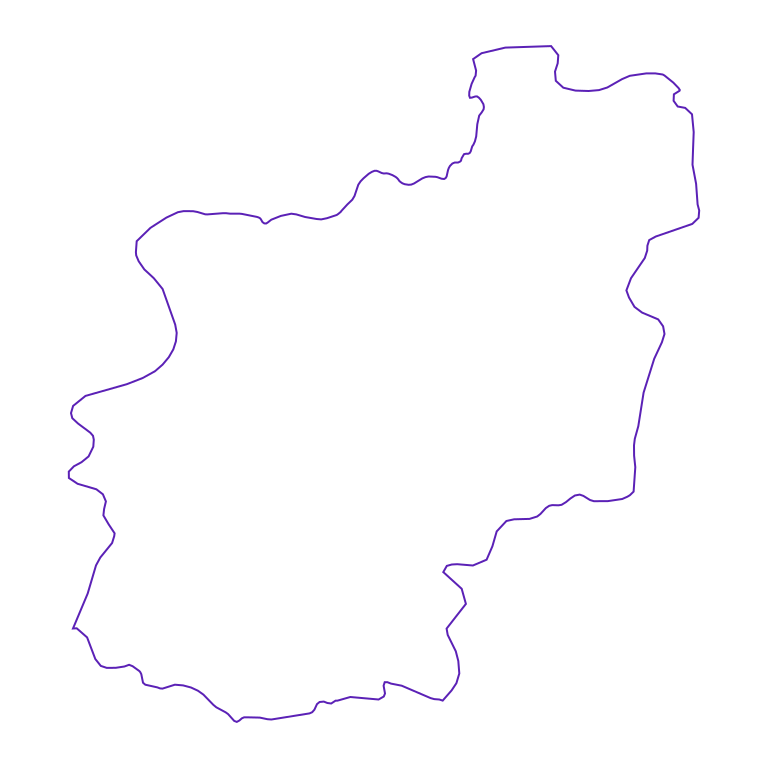 Cuanza Norte, Albers equal-area conic projection
{"feature_id": "AGO-1878", "entity_name": "Cuanza Norte", "entity_type": "Province", "adm_level": 1, "iso_a3": "AGO", "parent_name": "Angola", "parent_adm1": "", "projection": "albers", "projection_center": [14.948, -8.858], "detail": "fine", "context": "isolated", "style": "outline", "palette": "violet", "viewbox_px": 768, "rotation_deg": 0, "n_neighbors": 0, "source": "natural_earth", "source_scale": "10m", "svg_char_len": 3739}
<svg xmlns="http://www.w3.org/2000/svg" viewBox="0 0 768 768"><path d="M551.1,46.1L558.3,55.2L557.7,63.3L555.0,71.6L555.8,80.8L563.3,87.7L575.5,90.6L588.6,91.0L599.0,90.1L607.3,87.5L622.1,79.1L629.8,75.8L646.3,73.4L655.3,73.4L662.7,74.5L664.5,75.5L673.3,82.6L678.6,88.1L679.8,90.0L679.5,90.8L673.9,94.3L673.6,100.8L677.7,106.5L685.2,107.9L692.0,114.3L693.7,132.1L693.1,147.8L692.5,164.7L696.1,183.8L697.6,204.4L699.2,210.5L698.6,217.8L692.3,223.9L655.8,236.5L649.2,240.1L647.4,245.7L647.2,250.6L644.8,258.0L631.0,278.2L626.4,290.4L629.0,297.5L634.5,306.9L642.1,312.6L658.2,319.4L663.1,326.3L664.5,334.0L661.9,342.3L654.2,358.8L643.6,392.6L638.3,426.2L634.8,438.8L634.0,445.4L634.1,455.7L635.3,467.2L633.6,491.6L629.9,495.2L627.4,496.7L622.2,499.0L608.0,501.1L593.9,501.2L590.0,500.0L583.4,495.9L579.7,494.6L574.9,495.5L570.4,498.5L566.0,502.1L561.6,504.8L558.5,505.3L552.2,505.1L549.2,505.8L545.8,508.1L540.4,514.0L537.2,516.5L529.5,518.9L514.1,519.3L506.4,521.0L496.7,531.4L492.4,546.3L486.6,559.7L472.9,565.5L457.2,564.2L451.8,564.5L446.8,565.9L443.3,572.1L461.7,588.8L465.9,603.9L457.2,615.0L446.6,628.6L447.7,634.9L455.8,651.3L458.3,661.0L459.3,673.5L456.4,683.2L451.6,690.4L442.7,700.6L439.3,699.5L434.2,699.1L430.6,698.1L401.7,685.7L391.0,683.6L387.4,682.2L384.7,682.2L383.6,685.7L385.0,693.5L383.8,696.5L378.6,699.5L350.3,697.0L337.3,700.7L335.5,700.7L331.2,703.5L327.4,703.0L323.8,701.6L319.6,702.0L317.0,704.1L314.4,709.7L312.2,712.2L309.5,713.4L271.4,719.5L267.4,719.2L259.8,717.6L246.5,717.3L244.2,717.3L241.9,718.3L239.4,720.5L236.8,721.9L234.2,720.9L228.1,714.1L225.6,712.3L216.3,707.3L213.3,704.8L203.4,694.6L197.9,690.7L191.0,687.5L183.1,685.4L174.9,684.7L162.5,688.6L160.0,688.4L157.4,687.4L145.3,684.7L143.0,682.7L141.3,674.2L140.3,672.2L139.4,671.1L132.6,666.2L129.1,664.8L124.4,666.5L115.8,667.8L106.8,667.9L100.8,665.9L95.3,659.0L87.1,637.4L76.7,628.3L73.0,628.5L87.7,593.5L96.0,565.4L100.3,557.5L112.1,543.0L114.2,536.2L114.6,533.3L108.7,524.4L103.4,515.4L104.1,509.0L105.9,501.4L102.9,494.3L96.4,489.3L77.6,483.8L68.9,478.0L68.8,471.6L73.9,466.3L81.5,462.2L88.6,456.4L93.3,446.7L93.8,439.7L93.0,435.8L90.3,432.7L78.0,423.5L72.3,418.2L71.0,413.1L73.1,405.9L85.5,395.9L126.8,384.2L142.7,378.0L155.0,371.2L162.6,364.6L168.8,357.2L173.3,349.4L175.9,341.4L176.7,332.9L175.2,324.6L162.6,289.0L153.8,278.2L144.3,269.4L138.7,261.3L136.2,255.4L135.9,252.2L136.7,241.2L150.5,227.8L166.4,217.6L177.9,212.2L183.7,211.1L193.1,211.2L197.5,212.0L205.2,214.3L207.3,214.4L222.9,213.2L226.1,213.2L230.4,213.7L239.8,213.7L241.9,213.9L256.9,216.9L258.7,217.5L260.1,218.3L260.9,219.3L262.5,222.1L264.3,223.4L266.1,223.5L267.6,222.6L271.3,219.7L280.9,215.9L291.3,213.7L296.3,214.4L305.1,217.0L316.6,219.0L321.2,219.4L327.0,218.2L336.7,215.0L338.3,213.9L340.7,211.9L341.6,210.7L347.4,204.4L352.3,199.7L354.5,196.0L358.3,184.7L360.6,181.3L363.5,178.3L368.7,173.8L371.8,171.9L374.5,170.8L376.6,170.8L378.3,171.4L381.7,173.0L383.8,173.5L386.6,173.3L388.7,173.7L392.4,175.1L395.6,176.9L397.0,178.0L398.2,179.3L399.2,180.8L400.5,182.0L402.4,183.3L404.7,184.2L408.6,184.8L411.2,184.6L414.0,183.5L422.3,178.4L425.5,177.1L428.6,176.5L435.4,176.8L437.4,177.2L441.5,178.7L444.1,179.0L445.6,178.1L446.6,176.5L448.0,170.2L448.8,168.0L450.0,165.9L452.4,163.5L454.8,162.5L458.1,162.5L459.9,161.7L461.0,160.7L461.6,158.3L464.0,154.2L464.7,154.0L466.4,153.7L468.0,153.8L469.6,153.1L470.7,151.4L472.2,146.4L473.4,144.7L474.9,141.4L476.2,136.4L477.3,124.2L479.2,115.6L481.7,112.4L483.6,109.3L483.9,107.0L483.4,104.2L480.8,99.8L478.9,97.7L477.0,96.4L475.2,96.5L471.8,97.6L470.0,97.8L469.2,95.7L469.3,91.9L471.6,83.9L474.6,77.3L475.6,75.7L476.1,70.6L473.1,59.1L481.6,53.2L505.3,47.6L544.6,46.3L551.1,46.1Z" fill="none" stroke="#5b21b6" stroke-width="2"/></svg>